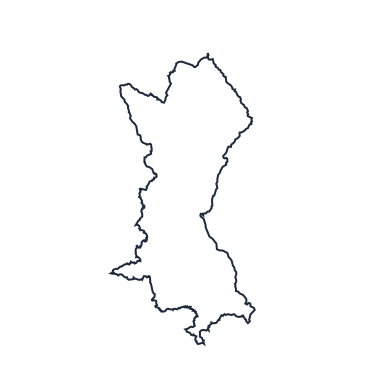 outline of Ataco, Tolima, Colombia, rotated 121°
{"feature_id": "7082276B46910600615259", "entity_name": "Ataco", "entity_type": "district", "adm_level": 2, "iso_a3": "COL", "parent_name": "Colombia", "parent_adm1": "Tolima", "projection": "mercator", "projection_center": [-75.445, 3.437], "detail": "fine", "context": "isolated", "style": "outline", "palette": "slate", "viewbox_px": 384, "rotation_deg": 121, "n_neighbors": 0, "source": "geoboundaries", "source_scale": "gbopen_adm2", "svg_char_len": 6076}
<svg xmlns="http://www.w3.org/2000/svg" viewBox="0 0 384 384"><g transform="rotate(121 192 192)"><path d="M151.2,291.0L152.7,290.3L155.1,287.7L156.2,287.3L156.5,286.1L158.5,283.6L160.8,283.1L162.6,278.9L163.0,276.3L164.5,273.5L170.7,268.2L170.1,265.9L170.5,265.0L173.5,262.8L174.9,260.7L174.9,257.8L174.2,255.6L174.6,255.0L172.1,252.6L172.5,251.5L176.2,248.5L177.9,247.7L178.5,248.4L180.3,246.7L183.9,249.2L186.1,249.4L186.8,250.5L190.9,248.2L190.8,247.6L191.7,247.1L193.4,244.1L192.6,241.2L192.8,238.0L195.7,234.3L195.1,233.4L195.7,232.6L195.1,231.8L196.8,230.3L198.2,230.6L199.3,231.9L200.7,231.1L201.7,232.3L202.8,231.9L204.8,233.7L208.6,233.3L210.7,233.7L211.5,232.8L214.0,232.5L215.7,238.0L216.3,238.3L216.9,236.9L217.8,237.0L218.4,236.2L220.3,236.4L221.6,235.0L223.5,234.7L223.2,233.3L223.8,233.2L225.3,230.2L227.3,229.7L227.1,228.9L229.0,227.1L228.3,226.0L229.1,225.1L230.2,224.9L230.6,225.9L231.8,226.3L232.4,225.5L233.3,226.0L235.0,225.3L236.0,223.7L238.6,222.0L241.9,222.9L242.8,222.4L244.1,223.2L249.4,223.2L248.1,222.0L248.3,219.7L249.3,218.6L250.4,218.4L250.2,217.8L251.4,216.7L250.5,215.5L250.1,213.0L250.5,212.5L251.7,212.4L251.3,210.2L252.4,208.3L253.7,207.2L254.6,206.9L255.1,207.5L255.8,206.3L256.9,205.9L257.3,206.6L257.9,206.2L258.6,206.5L258.7,207.4L257.8,207.9L258.9,209.0L261.3,209.2L263.0,208.1L264.4,207.9L265.1,208.5L265.5,207.8L266.4,207.8L267.3,209.5L266.4,211.4L267.0,211.6L267.7,210.5L269.7,210.8L272.2,209.7L273.0,208.7L273.9,208.6L275.3,206.6L276.6,206.3L275.6,205.0L275.8,203.1L276.7,201.3L277.9,200.6L278.9,203.1L281.1,203.2L282.8,204.3L282.1,205.2L283.1,206.2L283.2,208.5L284.4,208.0L285.4,208.8L286.2,208.3L286.8,209.1L286.6,210.9L287.6,211.1L289.1,212.7L290.3,212.9L291.4,214.0L292.3,214.0L293.1,215.1L296.4,216.3L297.0,217.6L299.2,219.4L302.1,218.8L303.5,219.6L302.9,217.8L301.7,218.0L301.4,217.6L302.0,216.1L301.2,214.4L301.6,212.3L299.7,211.5L298.8,209.4L299.6,206.6L299.4,204.8L298.6,203.9L299.8,202.2L299.7,200.9L296.8,197.3L295.4,198.0L295.7,196.8L294.8,193.0L294.3,191.6L292.7,190.4L293.0,189.5L288.9,189.9L288.0,188.2L288.5,186.8L287.2,185.5L286.5,185.9L286.2,184.8L289.4,182.1L291.0,181.5L291.8,179.9L297.9,174.2L298.7,172.5L298.7,171.3L301.2,170.1L304.8,171.0L305.2,170.7L305.5,170.0L304.4,169.1L303.8,166.7L306.0,165.1L307.1,163.6L308.4,164.7L309.3,163.9L308.4,160.2L309.5,159.6L309.8,158.7L309.2,158.3L310.1,157.2L309.7,156.7L310.1,156.4L308.7,154.2L307.3,153.5L305.8,153.5L304.3,152.4L304.2,151.1L302.7,148.2L302.9,147.6L302.0,147.7L300.8,146.4L300.1,144.1L298.0,143.6L297.9,142.4L296.7,142.1L294.4,139.9L294.8,139.2L294.2,138.2L293.4,138.5L293.5,137.3L292.5,137.2L293.2,135.7L291.5,134.9L291.2,133.9L292.6,133.8L293.1,133.2L292.2,131.7L292.3,130.2L293.1,130.2L292.4,129.0L293.1,129.0L292.8,127.9L293.6,127.1L293.2,126.7L293.9,126.4L294.0,125.4L295.2,124.4L295.6,123.2L296.9,124.0L296.9,124.6L299.7,124.8L300.6,123.8L302.0,124.2L303.6,122.3L304.2,122.3L305.2,120.7L307.3,121.7L308.1,123.7L311.5,125.3L313.1,126.9L313.3,125.7L314.4,124.7L313.8,121.3L314.9,119.0L314.5,117.6L313.4,117.3L313.8,116.4L313.5,113.9L314.9,113.9L317.2,113.0L317.6,111.0L318.5,110.9L319.3,108.6L315.7,105.1L315.9,103.6L314.3,105.3L313.4,105.4L313.8,106.0L312.0,108.3L311.9,110.7L307.7,113.2L306.1,112.9L304.4,111.4L303.4,108.4L301.9,108.0L302.1,106.4L300.2,108.2L299.0,107.8L298.7,108.5L298.2,107.9L297.6,108.5L295.3,107.6L293.9,108.3L293.6,106.0L291.5,103.7L287.9,103.5L287.5,102.6L286.4,103.2L282.4,103.2L282.3,101.7L280.0,101.3L280.0,99.7L278.2,98.2L277.0,94.6L275.2,93.3L275.0,92.4L275.7,90.6L275.1,87.7L273.0,85.1L272.4,85.4L271.6,84.5L272.5,83.9L272.6,82.4L273.4,81.8L273.8,79.6L274.7,79.2L275.6,76.5L273.0,75.8L272.1,77.2L266.9,78.8L260.8,77.5L259.5,79.1L259.8,83.0L257.6,84.6L258.0,86.4L260.1,86.9L260.2,88.8L257.8,89.0L255.8,90.3L254.0,94.9L254.3,99.4L253.6,101.0L254.2,103.3L251.7,105.0L251.0,106.1L249.4,106.7L248.8,107.8L246.5,107.8L244.7,108.7L242.7,111.0L239.1,111.9L237.7,113.2L236.8,115.3L234.8,117.1L234.1,118.9L230.2,122.9L228.6,127.5L226.0,130.3L226.4,135.7L227.9,138.3L228.2,141.2L223.7,144.5L221.5,150.3L221.2,154.1L215.1,162.3L213.3,163.3L208.9,168.3L208.5,171.8L207.9,172.7L206.2,173.3L205.8,172.4L206.1,170.5L204.9,171.4L203.2,169.2L200.9,168.6L199.9,167.2L196.0,166.9L194.4,167.8L193.3,167.5L188.3,170.9L184.5,171.9L183.5,171.1L177.4,172.7L175.5,172.3L172.2,175.5L170.2,175.5L167.7,177.0L163.8,178.4L161.1,178.0L158.9,178.6L154.7,178.7L150.9,176.7L149.5,177.9L147.7,177.3L145.4,178.9L145.1,180.2L146.3,181.2L146.5,182.5L145.1,183.8L140.5,182.9L135.1,184.2L134.2,183.9L133.3,181.9L131.1,182.7L127.7,181.4L124.4,181.9L122.5,180.6L119.5,180.0L116.5,181.8L115.2,180.1L111.8,178.3L110.3,178.3L108.5,177.0L104.4,177.4L103.2,176.1L101.9,177.3L100.7,176.8L99.5,178.3L97.7,178.7L98.2,183.3L97.6,183.9L96.4,183.9L95.2,185.8L93.8,185.7L91.9,188.4L92.1,190.5L90.7,192.2L90.4,195.5L88.5,197.7L87.3,197.8L85.9,199.7L86.3,200.8L85.5,203.2L83.7,205.5L83.6,207.4L82.0,207.9L82.7,208.7L82.8,210.4L81.7,211.3L80.6,213.6L80.2,218.6L79.7,219.5L75.9,222.5L76.5,223.4L76.2,225.1L74.8,225.7L74.2,229.2L72.9,230.3L73.3,231.9L72.5,233.5L72.4,236.4L71.0,237.0L70.6,239.5L67.4,242.7L69.3,244.6L69.7,246.1L67.8,248.2L66.4,248.2L64.7,250.0L67.3,248.8L69.0,248.7L69.9,249.4L70.5,250.8L73.9,252.6L77.9,253.2L80.0,252.4L83.1,253.5L83.7,254.4L83.1,256.8L85.6,268.1L87.4,270.4L90.0,271.7L91.1,271.0L95.3,270.5L97.1,269.3L97.7,270.5L99.2,270.0L100.4,272.1L101.4,272.3L101.9,271.4L104.2,271.5L104.7,272.1L105.6,270.5L106.3,270.5L107.5,268.8L108.6,268.4L110.0,265.8L120.3,265.4L122.0,262.8L123.0,263.3L125.3,263.0L126.4,262.3L129.8,262.0L130.6,264.2L129.8,265.1L129.6,267.5L130.6,269.4L130.2,269.7L129.5,269.3L129.0,271.0L130.0,274.0L129.4,275.1L129.7,276.3L129.1,276.5L128.9,278.1L131.4,278.4L132.4,279.3L132.2,281.0L132.9,282.2L132.7,284.8L133.8,288.8L132.6,291.2L132.5,292.7L133.6,293.7L133.0,294.9L133.0,297.5L132.1,298.8L131.6,301.5L132.3,302.6L133.4,302.9L134.0,304.2L135.6,305.1L136.3,306.8L137.7,308.2L139.0,308.0L140.5,306.0L142.8,305.1L146.5,301.9L147.6,297.6L149.5,295.9L149.7,294.2L151.2,291.0Z" fill="none" stroke="#1e293b" stroke-width="2"/></g></svg>